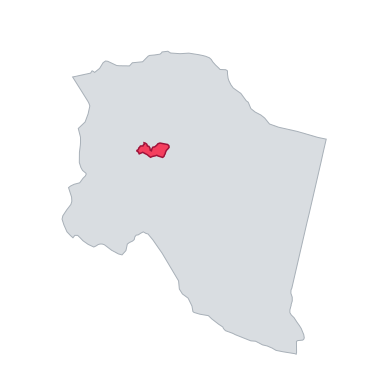 Lira highlighted on a map of Uganda, rotated 283°
{"feature_id": "UGA-3099", "entity_name": "Lira", "entity_type": "District", "adm_level": 1, "iso_a3": "UGA", "parent_name": "Uganda", "parent_adm1": "", "projection": "orthographic", "projection_center": [32.907, 2.332], "detail": "fine", "context": "in_parent", "style": "filled", "palette": "rose", "viewbox_px": 384, "rotation_deg": 283, "n_neighbors": 0, "source": "natural_earth", "source_scale": "10m", "svg_char_len": 2860}
<svg xmlns="http://www.w3.org/2000/svg" viewBox="0 0 384 384"><g transform="rotate(283 192 192)"><path d="M273.7,310.9L268.2,310.9L259.3,310.9L250.4,311.0L241.5,311.0L232.6,311.0L223.7,311.0L214.9,311.0L206.0,311.0L197.1,311.0L188.2,310.9L179.3,310.9L170.4,310.9L161.5,310.9L152.6,310.9L143.7,310.9L134.9,310.9L126.0,310.9L120.7,310.9L119.7,310.7L118.9,310.5L115.6,311.1L112.1,313.3L108.4,314.2L104.5,313.9L104.0,314.1L102.0,314.0L99.1,313.9L96.5,314.5L94.5,316.4L92.5,319.7L88.9,323.4L86.0,326.7L83.6,329.1L78.1,333.0L75.1,334.2L73.6,334.0L72.6,333.2L70.9,328.2L69.8,327.4L59.1,330.0L57.4,330.0L57.6,328.5L56.8,316.7L56.6,309.5L58.0,305.0L58.9,299.8L58.9,295.2L60.9,287.5L60.2,282.8L62.7,266.4L63.4,263.7L64.4,255.8L66.0,253.4L67.4,252.4L69.2,247.6L72.8,239.8L75.2,235.8L74.7,227.1L75.1,221.1L75.7,219.8L80.9,217.6L87.7,212.1L90.5,205.6L94.6,201.5L102.4,198.9L125.6,176.7L136.5,164.7L141.2,158.6L141.3,156.4L142.2,153.5L140.3,151.3L138.1,149.2L137.4,147.3L135.4,146.4L132.6,146.4L130.8,145.1L128.7,142.4L126.7,140.7L120.1,140.8L115.0,138.0L115.1,134.3L117.1,126.9L120.9,118.5L121.1,116.1L120.6,114.1L119.7,112.4L117.9,110.7L116.3,108.7L117.6,102.6L120.0,96.7L122.0,93.7L124.0,90.4L123.4,87.6L120.6,86.3L122.1,83.6L125.1,79.1L131.1,74.6L136.3,71.5L139.8,71.5L146.5,74.0L152.6,76.8L156.0,77.0L160.0,75.8L168.5,70.7L170.5,72.3L173.0,75.4L175.7,80.5L181.0,82.8L183.5,84.4L185.3,84.9L186.4,84.5L188.4,80.5L190.8,78.3L195.3,75.6L205.3,73.4L212.4,72.7L215.4,72.2L220.4,71.0L228.3,66.9L236.2,72.1L244.7,73.2L252.9,73.1L255.4,71.5L256.8,70.3L265.5,61.6L277.2,49.8L285.0,66.4L287.6,67.4L287.3,68.8L286.6,70.2L291.7,74.2L298.0,76.3L300.2,78.3L300.4,80.5L298.3,90.2L298.7,93.0L300.8,102.7L304.5,104.8L307.8,114.6L314.5,118.7L315.5,119.9L317.1,124.7L319.1,129.8L320.7,131.0L321.7,131.3L323.7,136.8L322.6,139.9L324.1,149.3L326.6,157.7L327.3,167.7L327.4,172.1L327.3,174.8L326.7,178.7L325.5,180.9L323.4,183.0L321.0,186.4L318.9,190.0L317.7,191.8L318.7,197.2L318.4,198.6L317.9,199.3L314.8,200.1L310.9,201.6L308.6,203.0L305.2,205.8L302.6,208.8L299.0,217.5L293.1,224.3L292.1,226.6L286.5,230.6L284.1,235.6L282.5,241.8L280.4,246.2L275.7,252.2L274.6,261.7L274.7,280.8L273.5,302.4L273.7,310.9Z" fill="#d9dde1" stroke="#a8b0b8" stroke-width="1"/><path d="M219.0,137.1L219.6,135.1L217.3,132.0L218.8,130.8L219.6,129.0L220.2,129.0L220.8,129.8L221.8,130.2L223.0,130.3L223.9,130.9L225.2,131.4L225.9,133.9L226.9,134.0L227.6,134.7L229.2,134.2L229.1,135.6L228.4,137.2L226.8,138.2L226.8,139.7L225.4,141.1L223.2,142.0L223.0,143.2L225.1,143.2L226.9,143.8L227.6,145.5L229.5,147.0L231.4,148.0L232.5,149.8L232.8,157.6L231.7,159.2L230.2,159.6L228.4,158.7L226.8,157.7L224.9,157.3L222.9,157.2L221.9,156.8L220.8,156.8L219.9,156.3L219.1,155.6L219.5,150.5L219.9,149.5L219.0,148.1L217.7,145.4L216.5,143.8L217.3,141.9L218.3,140.0L219.0,137.1Z" fill="#f43f5e" stroke="#9f1239" stroke-width="1.5"/></g></svg>